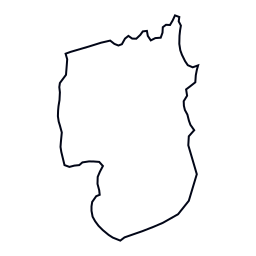 the district of Governador Celso Ramos, Santa Catarina, Brazil
{"feature_id": "56859067B15434702823341", "entity_name": "Governador Celso Ramos", "entity_type": "district", "adm_level": 2, "iso_a3": "BRA", "parent_name": "Brazil", "parent_adm1": "Santa Catarina", "projection": "albers", "projection_center": [-48.579, -27.376], "detail": "fine", "context": "isolated", "style": "outline", "palette": "ink", "viewbox_px": 256, "rotation_deg": 0, "n_neighbors": 0, "source": "geoboundaries", "source_scale": "gbopen_adm2", "svg_char_len": 1273}
<svg xmlns="http://www.w3.org/2000/svg" viewBox="0 0 256 256"><path d="M120.3,240.6L124.5,237.4L134.2,234.0L142.3,231.2L153.8,226.7L162.9,222.8L178.1,214.2L188.8,200.8L196.8,174.2L188.3,145.3L188.8,136.3L194.2,130.2L190.4,124.8L188.9,120.6L187.4,114.6L184.9,110.0L183.9,105.8L183.7,101.2L187.1,95.7L186.1,89.4L189.8,86.6L195.3,82.3L195.8,75.2L196.9,69.6L198.1,65.4L192.7,67.3L187.8,65.2L185.1,61.2L181.9,54.7L180.3,50.3L179.3,43.9L179.5,35.8L180.1,30.2L180.9,25.6L178.7,21.4L179.3,17.0L175.0,15.4L172.7,20.4L170.0,25.0L166.0,24.8L162.8,27.2L162.5,32.7L160.7,37.7L155.3,38.1L150.8,40.4L147.8,35.9L146.9,30.9L142.8,31.4L140.3,34.9L136.3,38.7L132.2,38.6L128.4,35.9L125.0,38.6L121.9,44.2L118.4,45.5L114.4,43.9L110.2,40.6L101.1,42.7L88.6,46.6L70.5,51.9L65.6,53.7L67.2,59.3L66.8,64.7L66.0,74.8L62.5,79.5L59.9,83.0L59.3,87.1L59.9,92.3L59.5,100.1L58.5,106.2L58.1,110.5L57.9,116.2L58.7,121.6L59.9,125.5L61.8,132.5L60.9,141.8L60.5,146.9L61.3,151.9L64.5,165.1L69.4,166.9L74.4,165.6L79.3,165.1L82.4,162.4L89.0,161.4L93.9,161.5L99.2,161.9L102.9,166.0L99.9,171.7L97.7,176.9L97.5,183.9L99.2,190.3L99.7,194.8L96.2,196.2L92.2,201.9L91.5,206.4L91.5,210.8L92.6,216.7L95.1,221.2L98.5,225.8L102.8,230.1L108.6,234.9L112.8,237.6L120.3,240.6Z" fill="none" stroke="#020617" stroke-width="2"/></svg>